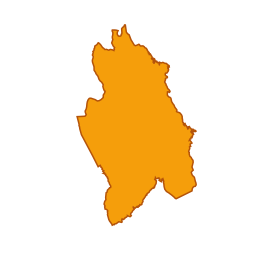 outline of Huazalingo, Hidalgo, Mexico, rotated 144°
{"feature_id": "50627088B24413335257695", "entity_name": "Huazalingo", "entity_type": "district", "adm_level": 2, "iso_a3": "MEX", "parent_name": "Mexico", "parent_adm1": "Hidalgo", "projection": "equal_earth", "projection_center": [-98.497, 20.994], "detail": "fine", "context": "isolated", "style": "filled", "palette": "amber", "viewbox_px": 256, "rotation_deg": 144, "n_neighbors": 0, "source": "geoboundaries", "source_scale": "gbopen_adm2", "svg_char_len": 5629}
<svg xmlns="http://www.w3.org/2000/svg" viewBox="0 0 256 256"><g transform="rotate(144 128 128)"><path d="M197.9,58.6L196.1,58.3L195.9,57.9L195.2,58.2L193.7,57.5L190.6,57.6L188.6,55.4L188.2,55.4L187.8,55.8L187.2,57.3L186.2,57.9L185.8,56.8L184.5,56.8L184.4,56.6L183.7,56.7L183.5,57.0L182.9,57.1L181.8,56.8L180.1,57.0L179.9,57.4L179.1,55.9L178.4,55.0L176.9,55.1L176.8,56.3L176.0,57.3L174.1,57.6L172.9,58.3L170.8,58.6L170.5,60.6L170.2,60.9L169.7,59.4L169.2,58.9L166.9,59.2L167.0,58.4L166.2,58.0L165.3,58.8L165.0,58.7L165.3,58.3L164.8,58.1L164.0,58.4L163.5,59.0L162.8,58.2L161.9,58.0L161.6,58.1L161.0,58.9L159.1,59.7L158.6,60.8L156.9,61.5L156.5,61.4L155.5,62.0L154.3,62.2L153.5,62.9L152.7,63.1L152.8,62.8L152.1,62.7L151.1,63.7L148.8,63.6L147.7,64.2L146.4,64.6L145.5,64.5L145.0,64.8L144.0,64.8L142.5,64.3L142.4,64.9L142.0,64.9L141.9,64.4L140.9,64.7L140.5,65.4L138.0,66.5L136.1,68.6L136.3,68.9L136.5,70.7L135.8,70.9L135.0,71.7L135.1,70.4L134.3,70.0L133.7,70.0L132.4,69.5L132.8,68.9L132.3,68.2L132.5,67.4L133.5,67.4L133.2,66.2L132.6,65.0L131.4,66.0L131.5,65.5L130.1,66.4L129.6,66.5L130.4,63.9L131.3,63.2L131.8,61.8L133.2,59.4L134.2,56.9L134.2,56.0L134.2,54.1L133.2,51.7L132.0,47.9L131.2,44.4L131.2,43.6L130.7,42.5L113.2,39.5L111.9,40.9L110.6,41.7L109.2,41.9L107.9,41.3L106.3,41.9L105.4,43.5L104.8,45.5L103.4,48.8L103.3,49.5L103.7,51.5L103.6,52.8L102.9,54.9L102.1,55.3L100.0,55.6L99.2,58.8L95.4,62.0L94.4,63.7L94.5,65.2L94.2,67.3L94.6,68.6L93.8,71.0L92.8,72.2L92.9,73.1L91.9,74.0L90.2,75.0L89.2,76.7L88.1,76.3L87.6,77.9L86.9,78.6L85.3,78.1L85.0,78.6L85.1,81.1L85.0,81.9L85.5,82.0L84.4,82.7L83.5,82.3L82.4,83.4L82.2,83.4L82.1,82.8L81.8,82.6L81.0,83.4L80.4,83.6L80.1,84.3L78.6,84.4L78.5,85.4L79.2,86.0L79.4,87.9L78.3,88.3L78.6,86.4L78.1,86.3L77.7,87.0L76.8,86.5L76.6,86.7L75.9,85.6L75.0,85.4L74.8,86.0L75.1,86.4L75.3,86.3L75.2,86.9L75.8,87.5L76.2,87.0L76.5,87.4L76.1,87.8L76.3,88.0L76.1,88.4L76.3,88.5L76.3,88.8L76.9,88.6L77.2,89.3L77.7,89.2L77.4,90.0L77.4,90.7L77.7,91.5L77.6,92.2L77.9,92.3L77.5,93.1L78.5,93.5L78.8,92.6L79.8,92.0L80.2,92.2L79.9,92.8L79.6,94.4L79.5,95.8L79.8,95.9L79.6,97.8L79.3,97.8L79.2,98.2L80.1,98.5L80.7,98.3L81.0,97.6L81.1,98.0L80.9,98.5L80.2,98.9L80.4,99.2L80.1,100.1L80.3,100.4L80.1,101.1L79.2,102.3L78.6,103.4L78.7,103.6L77.5,105.3L77.0,106.9L77.0,108.0L77.2,109.9L78.9,112.3L79.0,112.9L78.0,113.6L77.8,114.1L77.9,117.2L77.3,119.6L77.4,121.2L77.2,123.7L75.8,126.9L76.0,128.1L76.6,128.9L76.9,130.7L76.8,131.5L75.2,133.6L74.9,133.6L74.7,134.0L74.0,133.5L73.6,132.5L72.7,132.7L72.4,133.1L72.3,134.9L72.7,136.6L72.0,138.9L72.1,139.9L71.5,141.1L71.4,143.4L71.0,144.0L70.5,144.1L70.1,144.6L69.7,144.7L69.1,145.2L69.0,145.7L68.5,145.9L67.8,146.0L66.6,145.6L66.2,146.0L66.0,146.5L66.7,148.1L66.7,149.0L65.7,150.2L65.2,150.2L64.2,149.6L62.4,150.3L62.0,149.8L62.1,150.2L61.8,150.8L61.3,150.9L60.8,151.5L60.8,152.4L60.5,152.3L60.1,153.7L59.8,153.3L59.3,154.0L58.7,153.2L58.1,154.3L58.4,155.1L58.7,155.3L58.6,155.6L58.9,156.1L58.8,157.0L59.1,157.4L59.2,158.0L60.1,158.5L61.2,160.6L62.7,161.0L63.7,162.4L65.4,160.7L65.5,160.9L64.7,161.5L64.8,161.8L64.6,162.5L64.8,162.4L64.9,162.9L65.1,162.9L65.5,163.8L65.8,163.7L65.9,164.0L65.6,164.2L65.5,165.2L65.9,165.5L66.2,165.1L66.9,166.7L67.3,166.2L67.1,166.0L68.1,165.8L68.0,165.5L68.2,165.4L68.6,165.4L69.3,164.6L68.3,166.3L67.9,166.4L68.0,167.0L68.4,167.0L68.0,167.4L67.4,167.7L67.7,166.9L66.9,167.0L66.4,166.6L65.9,168.4L66.5,169.5L67.4,168.6L67.5,168.2L67.8,168.5L67.7,169.0L67.0,169.9L67.1,170.4L67.9,169.5L68.2,169.7L68.1,170.4L67.2,170.5L66.6,171.9L66.7,172.4L66.4,174.8L66.8,175.5L67.3,174.7L68.1,175.3L67.6,175.2L67.1,175.5L66.9,176.4L66.6,176.6L66.7,177.4L67.1,177.3L66.8,178.0L66.7,179.8L66.4,180.3L66.5,182.1L67.1,182.9L67.1,184.2L67.6,185.6L69.7,187.0L69.9,188.0L69.7,188.8L70.1,189.4L72.0,189.7L73.7,190.3L74.2,191.4L73.7,197.6L72.3,202.7L72.9,204.4L73.0,206.2L72.8,206.9L69.6,212.9L70.2,213.4L72.0,212.4L73.2,212.6L74.8,212.0L76.9,208.7L77.7,207.8L78.4,207.8L79.3,206.8L80.1,206.8L81.1,207.4L81.7,208.0L81.7,209.7L81.2,210.8L80.4,211.7L78.8,212.6L80.3,214.4L83.1,216.5L83.8,215.9L84.2,214.0L85.5,212.4L87.0,211.1L87.7,210.1L88.3,208.5L91.2,206.4L91.8,202.8L91.6,200.9L92.5,200.5L92.9,199.5L93.3,199.5L93.2,199.8L93.9,199.0L94.9,200.7L96.2,202.0L97.8,202.2L99.2,204.3L100.6,205.1L100.8,206.7L101.3,208.1L101.2,211.7L101.7,214.2L102.6,214.4L102.9,214.1L104.3,213.7L106.6,213.8L108.1,212.3L109.1,211.9L109.5,211.2L110.3,210.6L111.4,210.6L111.8,209.3L112.6,209.0L113.3,208.1L113.9,208.0L114.1,206.3L115.3,205.0L116.3,204.4L117.4,203.3L118.1,201.9L119.5,197.5L121.5,194.6L121.6,191.8L122.0,190.8L121.9,187.4L122.8,184.7L122.9,182.6L122.4,180.5L122.6,177.6L123.9,176.4L124.7,174.3L125.2,172.3L125.2,171.7L124.9,171.2L126.3,170.1L128.6,169.2L130.2,167.2L133.0,166.8L135.4,167.1L136.9,167.9L137.9,170.3L140.4,173.8L141.3,174.5L142.1,174.7L143.6,174.3L145.4,173.2L146.8,171.9L149.1,169.3L150.7,167.9L152.7,166.9L153.4,165.6L154.0,163.3L155.9,162.8L162.5,167.1L165.4,159.7L166.3,158.6L166.4,157.7L167.6,155.4L169.6,150.0L173.0,126.0L174.9,114.2L172.4,114.1L172.7,112.4L172.9,112.1L172.7,111.9L172.6,110.3L173.3,109.9L173.1,108.3L172.8,107.6L173.9,107.5L173.4,105.5L173.8,105.2L174.3,105.4L173.5,104.2L173.8,104.1L173.5,103.0L173.9,102.7L173.5,100.2L174.0,100.0L174.0,98.5L174.7,97.6L175.4,96.3L175.2,95.1L175.7,94.2L175.9,93.4L176.1,91.1L177.0,90.1L178.1,90.5L178.7,90.2L181.2,89.8L182.5,88.5L183.7,88.5L187.0,84.8L188.0,83.0L190.0,82.3L192.1,80.5L192.4,78.6L192.8,78.1L193.2,78.0L194.2,75.8L193.4,75.1L193.0,73.7L193.0,73.1L193.4,72.5L193.9,72.4L194.7,70.7L195.5,70.0L197.3,65.3L197.6,63.7L197.6,59.7L197.9,58.6Z" fill="#f59e0b" stroke="#b45309" stroke-width="1.5"/></g></svg>